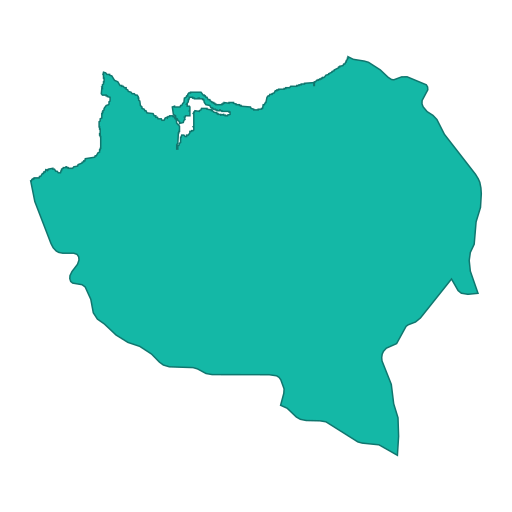 La Isabela, Puerto Plata, Dominican Republic (Equal Earth projection)
{"feature_id": "3306468B2817273614412", "entity_name": "La Isabela", "entity_type": "district", "adm_level": 2, "iso_a3": "DOM", "parent_name": "Dominican Republic", "parent_adm1": "Puerto Plata", "projection": "equal_earth", "projection_center": [-71.164, 19.801], "detail": "fine", "context": "isolated", "style": "filled", "palette": "teal", "viewbox_px": 512, "rotation_deg": 0, "n_neighbors": 0, "source": "geoboundaries", "source_scale": "gbopen_adm2", "svg_char_len": 5903}
<svg xmlns="http://www.w3.org/2000/svg" viewBox="0 0 512 512"><path d="M280.6,405.3L287.1,408.2L296.3,417.0L300.3,419.3L306.2,420.5L319.9,420.8L325.9,421.8L357.8,441.9L362.2,443.1L378.9,444.8L397.4,455.3L398.6,436.3L398.0,417.8L393.7,403.8L391.3,384.4L382.0,360.9L381.7,357.5L382.2,354.1L383.5,351.3L386.3,348.2L396.6,343.6L406.1,326.3L408.2,324.8L415.5,322.0L420.4,318.0L451.5,279.0L458.1,290.6L461.3,293.2L467.9,294.3L478.0,293.3L470.3,271.1L469.2,260.5L470.3,252.5L474.2,244.2L476.1,221.8L480.5,207.4L481.3,193.8L480.9,187.9L479.8,182.3L478.3,178.9L475.5,174.3L444.4,134.3L436.9,119.5L433.0,115.4L427.1,111.6L423.1,106.8L422.0,103.8L422.1,100.5L427.8,89.8L427.6,87.0L426.3,84.8L407.1,76.8L401.6,76.9L393.8,79.8L391.5,79.5L388.1,77.3L380.3,69.9L368.5,62.3L364.4,61.1L353.2,59.3L348.0,56.7L348.0,58.2L347.4,58.2L347.4,59.6L346.3,60.4L346.3,61.9L345.8,61.9L344.7,64.1L343.6,64.1L343.0,65.6L339.7,66.3L339.7,67.0L338.6,67.0L338.6,67.8L334.2,70.0L334.2,70.7L332.0,71.5L332.0,72.2L328.7,73.7L328.7,74.4L325.9,75.2L324.3,77.4L322.6,77.4L322.6,78.1L321.5,78.1L321.5,78.9L319.9,78.9L319.9,79.6L318.2,79.6L318.2,80.3L316.6,80.3L315.5,81.8L314.4,81.8L314.4,85.5L313.8,85.5L313.8,82.6L304.5,83.3L304.5,84.0L301.2,84.0L301.2,84.8L299.0,84.8L299.0,85.5L296.8,85.5L296.8,86.3L290.7,86.3L289.6,87.7L285.8,87.7L285.8,88.5L284.1,88.5L284.1,89.2L278.6,89.2L278.6,89.9L276.9,89.9L276.9,90.7L275.3,90.7L274.2,92.9L272.0,93.7L272.0,94.4L269.8,94.4L269.2,95.9L268.1,95.9L267.0,97.3L265.9,102.5L265.4,102.5L264.3,104.7L263.2,104.7L262.6,108.4L261.5,108.4L261.5,109.2L258.2,109.2L258.2,109.9L253.8,109.9L253.8,109.2L251.1,108.4L250.5,107.0L241.1,106.2L241.1,105.5L239.5,105.5L239.5,104.7L236.2,104.7L236.2,104.0L233.5,103.3L233.5,102.5L229.0,102.5L229.0,103.3L224.1,102.5L224.1,103.3L223.0,103.3L223.0,104.0L221.9,104.0L221.9,104.7L215.8,104.7L215.8,104.0L214.7,104.0L214.7,103.3L213.6,103.3L213.6,102.5L212.0,102.5L212.0,101.8L210.3,101.0L209.8,99.6L208.1,99.6L207.0,97.3L205.9,97.3L205.4,95.9L204.3,95.9L204.3,95.1L203.2,95.1L201.0,92.2L190.5,92.2L190.5,92.9L188.9,92.9L187.7,94.4L187.7,95.9L186.6,95.9L186.1,97.3L184.4,98.1L183.9,102.5L182.8,103.3L181.7,105.5L180.6,105.5L180.0,107.0L174.5,107.0L174.5,106.2L172.3,107.0L173.4,114.4L175.6,115.8L175.6,118.0L177.3,118.8L177.8,120.3L179.5,121.7L179.5,123.2L180.0,122.5L180.6,123.2L183.3,122.5L183.9,120.3L185.0,119.5L184.4,117.3L185.0,117.3L185.5,115.8L189.9,115.8L189.9,110.7L189.4,110.7L189.9,109.9L189.9,107.0L189.4,106.2L187.2,106.2L187.2,104.0L186.6,104.0L188.3,101.8L188.3,99.6L188.9,99.6L189.4,97.3L192.7,97.3L192.7,98.1L194.4,98.1L194.4,98.8L198.2,98.8L198.2,98.1L199.3,98.1L199.3,98.8L202.6,98.8L202.6,99.6L203.7,99.6L204.3,102.4L205.9,104.7L209.8,105.5L210.9,107.7L212.0,107.7L212.0,108.4L213.1,108.4L213.1,109.2L215.3,109.2L215.3,109.9L216.9,109.9L216.9,110.7L219.7,110.7L219.7,109.9L220.2,109.9L220.2,110.7L221.9,110.7L221.9,111.4L229.0,111.4L229.0,112.1L230.1,112.1L230.1,114.4L227.4,115.1L227.4,115.8L225.2,115.8L225.2,115.1L223.5,115.1L223.5,114.4L220.8,115.1L220.8,114.4L218.0,114.4L218.0,113.6L216.9,113.6L216.9,112.9L213.6,112.1L212.5,110.7L211.4,110.7L211.4,109.9L207.0,109.2L207.0,108.4L201.5,108.4L201.0,109.9L199.3,110.7L199.3,111.4L194.9,110.7L194.4,112.1L193.8,112.1L193.8,113.6L193.3,113.6L193.8,114.4L193.8,126.9L193.3,126.9L193.8,127.7L193.8,129.9L193.3,130.6L191.6,130.6L191.6,131.4L189.9,131.4L189.9,132.8L188.3,135.1L186.6,135.1L186.6,136.5L185.0,136.5L183.9,135.1L181.7,135.1L181.1,137.3L180.6,137.3L180.6,142.5L179.5,143.2L178.9,145.4L177.8,145.4L177.8,149.1L176.7,149.1L176.7,144.7L177.8,143.2L178.4,132.8L178.9,132.8L178.9,131.4L179.5,131.4L179.5,126.2L176.7,123.2L176.2,119.5L175.1,118.8L174.0,116.6L172.9,116.6L172.9,115.8L169.6,115.8L169.6,116.6L167.9,116.6L167.4,118.0L166.8,117.3L165.2,118.0L164.1,120.3L161.9,120.3L161.3,118.8L158.0,118.8L157.5,117.3L155.8,117.3L155.8,115.8L154.2,115.8L153.1,113.6L147.0,112.9L145.9,110.7L144.8,110.7L144.2,109.2L142.0,108.4L142.0,107.0L140.4,105.5L139.8,101.0L138.7,100.3L138.7,98.1L138.2,98.1L138.2,96.6L137.1,95.1L135.4,95.1L134.3,93.7L132.1,93.7L131.0,92.2L128.3,91.4L127.7,89.9L126.1,89.2L126.1,87.7L124.4,87.7L123.3,86.3L121.7,86.3L121.7,85.5L120.0,85.5L117.8,81.8L114.5,80.3L111.8,75.9L109.6,75.2L109.6,74.4L106.8,74.4L105.7,72.9L103.5,72.2L103.0,74.4L103.5,74.4L103.5,78.1L104.1,78.1L104.1,81.8L103.5,81.8L103.5,84.0L102.4,84.8L102.4,87.0L101.8,87.0L102.4,88.5L101.8,88.5L101.3,93.7L102.4,95.1L106.2,95.1L106.2,95.9L107.4,95.9L107.4,96.6L110.1,97.3L110.1,101.0L109.0,101.8L109.0,104.0L108.5,104.7L106.2,105.5L104.1,108.4L104.1,109.9L102.9,110.7L102.9,112.1L102.4,112.1L102.4,113.6L101.8,113.6L101.8,118.0L100.2,118.8L100.2,121.0L99.1,121.7L99.1,126.9L99.6,126.9L99.6,129.1L100.2,129.1L100.2,133.6L99.6,133.6L99.6,135.1L100.2,135.1L100.2,136.5L100.7,136.5L100.7,148.4L100.2,148.4L100.2,149.8L99.6,149.8L99.6,152.1L98.0,152.8L96.3,155.8L95.2,155.8L94.7,157.2L85.3,158.7L84.8,160.9L83.7,160.9L83.7,161.7L82.1,162.3L82.0,163.1L78.1,164.6L77.6,166.1L73.8,166.8L72.6,168.3L68.2,168.3L68.2,167.6L66.6,167.6L66.6,166.8L66.0,166.8L66.0,167.6L63.3,167.6L63.3,168.3L61.6,169.1L61.6,170.5L61.1,170.5L60.5,172.8L58.3,172.8L57.2,171.3L55.7,171.2L54.5,169.2L52.8,169.1L52.8,168.3L48.4,169.1L48.4,169.8L47.3,169.7L47.3,170.5L45.8,169.7L45.1,172.0L44.0,171.8L43.5,173.5L42.4,173.5L40.7,176.4L39.5,176.4L39.1,177.9L34.1,177.9L34.1,178.7L33.0,178.7L33.0,179.4L31.9,179.4L31.4,180.9L30.7,180.9L34.8,201.5L51.0,243.6L53.2,247.8L56.2,251.0L58.7,252.4L62.8,253.2L73.7,253.2L77.1,254.4L78.7,256.9L79.0,260.0L77.5,264.3L72.0,271.5L70.0,275.6L69.8,278.6L70.7,281.5L72.7,283.1L82.1,284.7L85.2,287.0L90.8,299.3L93.3,312.8L97.4,319.1L104.4,324.0L116.0,335.0L127.9,342.4L139.8,346.4L151.6,354.1L159.4,362.1L163.3,365.0L169.3,366.8L193.1,367.6L197.5,368.9L206.0,373.5L212.2,374.6L269.2,374.7L276.6,375.8L279.1,377.4L280.8,379.8L284.1,388.9L283.8,393.3L280.6,405.3Z" fill="#14b8a6" stroke="#0f766e" stroke-width="1.5"/></svg>